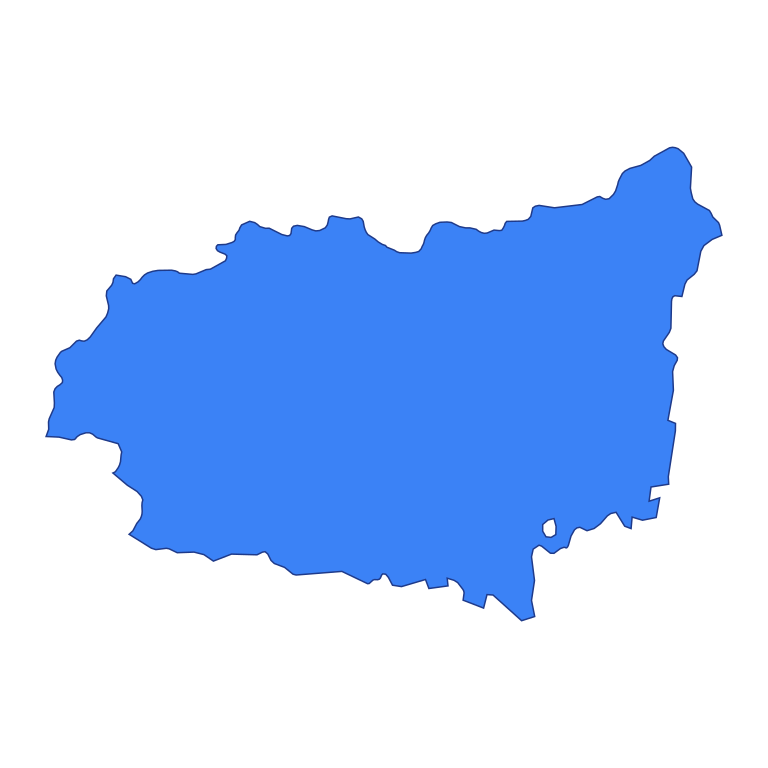 SVG path tracing the border of León
{"feature_id": "ESP-5830", "entity_name": "León", "entity_type": "Autonomous Community", "adm_level": 1, "iso_a3": "ESP", "parent_name": "Spain", "parent_adm1": "", "projection": "mercator", "projection_center": [-5.923, 42.635], "detail": "fine", "context": "isolated", "style": "filled", "palette": "blue", "viewbox_px": 768, "rotation_deg": 0, "n_neighbors": 0, "source": "natural_earth", "source_scale": "10m", "svg_char_len": 4244}
<svg xmlns="http://www.w3.org/2000/svg" viewBox="0 0 768 768"><path d="M672.5,147.3L675.3,147.7L678.1,148.7L683.7,153.3L691.6,167.1L690.4,188.2L691.2,192.6L692.8,198.9L694.8,201.8L697.6,204.1L709.4,210.5L711.1,213.3L712.8,217.0L718.5,222.6L719.6,225.2L721.9,235.3L712.2,239.4L703.9,245.6L700.8,251.3L697.0,270.8L694.2,274.3L687.1,280.0L684.9,284.2L681.9,296.5L674.8,295.7L672.9,296.8L671.9,298.8L671.5,301.4L670.9,328.3L669.3,332.4L663.4,341.0L662.8,343.8L663.9,346.7L666.3,349.4L675.6,355.0L677.5,357.7L677.2,360.3L674.2,365.7L672.6,371.6L673.4,390.3L667.9,420.3L675.5,423.4L675.4,430.8L668.3,476.7L668.7,484.2L651.0,487.0L649.1,501.2L659.7,497.8L656.2,517.5L642.5,520.2L632.1,517.1L631.1,528.6L624.7,526.2L616.1,512.3L610.8,513.5L607.4,515.8L600.5,523.7L594.1,528.5L587.0,530.7L579.9,527.3L576.9,527.9L574.5,529.8L571.0,536.1L568.4,545.2L567.7,546.7L566.7,547.8L566.0,547.9L565.3,547.5L564.0,547.3L560.5,548.5L554.0,553.3L550.4,553.2L541.6,546.1L539.0,545.2L533.2,549.1L531.5,556.8L534.5,580.5L531.5,600.4L534.7,616.5L521.6,620.7L493.0,595.0L487.0,594.6L483.6,608.1L463.1,600.2L464.1,592.9L463.7,590.9L462.9,589.4L457.7,582.6L454.0,580.3L447.2,578.2L448.0,585.9L428.9,588.5L425.5,579.5L401.5,586.6L392.5,585.2L388.4,577.4L385.7,574.2L382.7,573.9L381.6,575.1L380.4,578.0L379.3,579.2L377.7,579.7L374.3,579.6L372.8,580.2L369.2,583.5L367.6,583.7L341.9,571.4L296.1,575.0L293.0,574.2L284.6,567.4L274.3,563.5L271.0,560.4L267.8,554.0L265.1,551.7L262.5,552.1L257.0,554.8L231.5,554.1L213.4,561.1L203.9,554.6L194.0,552.1L177.2,552.7L169.1,548.8L166.3,548.3L155.8,549.6L151.4,548.2L129.1,534.3L132.9,530.8L136.8,523.4L140.2,519.1L141.3,516.6L142.0,514.0L142.2,511.3L141.9,505.7L142.1,502.7L142.8,499.9L141.4,496.3L137.1,491.5L127.3,485.2L112.9,473.0L115.0,472.0L116.0,470.9L118.2,467.7L119.5,465.1L120.5,461.7L121.1,455.0L121.7,451.9L118.2,443.7L97.5,437.9L96.2,437.2L92.7,434.2L89.6,432.8L85.9,432.8L80.2,434.6L77.5,436.4L76.2,437.6L75.7,438.5L74.5,439.5L71.4,439.9L59.0,437.1L46.1,436.5L48.7,429.3L48.5,422.0L49.2,418.8L54.2,407.5L54.4,403.0L53.8,392.0L55.1,388.7L57.3,386.4L59.9,384.8L62.4,382.5L62.6,380.1L61.7,377.5L59.8,375.2L57.8,372.4L56.1,369.0L55.1,363.8L55.7,360.2L57.1,357.1L60.4,352.4L61.7,351.3L69.9,347.7L76.5,341.1L79.3,340.2L81.7,340.9L84.2,341.2L87.1,339.9L90.2,337.0L96.7,327.9L106.0,316.9L107.6,313.1L108.7,308.7L108.6,305.5L106.3,295.9L106.8,291.0L111.7,285.2L113.0,282.3L113.5,278.7L116.1,275.1L125.6,276.7L130.8,279.3L132.6,283.3L134.7,283.8L138.0,281.9L140.3,279.7L142.2,277.2L144.5,274.9L147.5,273.0L152.7,271.3L158.1,270.4L171.6,270.2L175.3,270.9L177.6,271.8L179.4,273.2L192.8,274.4L195.9,273.9L206.2,269.6L210.3,269.2L225.4,260.8L226.6,258.2L226.8,255.7L225.0,254.1L219.9,252.1L217.5,250.7L216.1,248.5L216.4,246.3L217.8,244.8L226.0,244.4L232.0,242.5L234.2,241.3L235.3,239.6L235.3,237.5L235.6,235.0L237.0,232.8L239.0,230.3L239.9,227.7L241.6,224.9L249.7,221.3L254.7,222.6L257.4,224.4L259.8,226.6L265.4,228.3L269.2,228.2L281.8,234.5L287.3,235.9L289.6,235.5L291.0,233.6L291.7,228.3L293.5,226.2L297.3,225.4L304.3,226.6L312.2,229.9L315.8,230.9L319.7,230.5L325.3,227.8L327.3,225.0L328.1,222.0L328.6,219.3L329.4,217.1L332.1,215.9L346.2,218.7L350.0,218.9L358.4,217.0L361.7,218.8L363.2,221.3L364.2,226.9L365.1,229.7L366.3,232.3L367.9,234.6L374.8,239.0L378.3,242.0L382.3,244.4L385.5,245.5L386.9,247.2L394.4,250.2L396.7,251.7L399.6,252.7L411.1,253.1L415.6,252.4L418.7,251.5L421.2,248.8L422.2,246.4L423.4,244.2L424.1,242.1L424.3,241.0L424.6,239.9L425.4,237.6L426.8,235.2L428.7,232.9L430.2,230.4L431.2,228.0L432.7,225.5L435.7,223.8L439.9,222.3L447.1,222.0L451.4,222.5L459.5,226.6L465.7,227.9L470.0,227.9L476.2,229.3L478.6,231.1L481.2,232.5L484.2,233.3L487.2,233.0L494.0,230.1L499.4,230.6L501.7,230.3L503.1,228.3L504.4,225.8L505.2,223.3L506.7,221.4L522.4,221.1L525.5,220.4L528.3,219.3L530.8,216.4L532.8,207.9L535.3,206.2L539.1,205.4L554.5,207.8L582.1,204.5L597.2,196.9L599.8,196.5L602.8,198.3L605.7,199.3L609.1,198.7L613.5,194.4L615.6,190.9L617.7,184.6L618.3,181.8L619.4,179.2L622.4,173.5L625.0,171.0L629.9,168.4L640.8,165.4L649.8,160.4L654.3,156.2L669.6,147.8L672.5,147.3ZM551.1,537.4L555.8,534.6L556.1,526.4L554.0,518.6L548.0,520.0L542.7,524.5L542.7,531.2L546.0,536.8L551.1,537.4Z" fill="#3b82f6" stroke="#1e3a8a" stroke-width="1.5"/></svg>